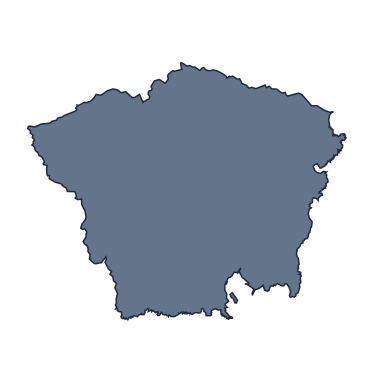 outline of Nossa Senhora Da Graca, Praia, Cabo Verde, rotated 355°
{"feature_id": "66160863B19025383966327", "entity_name": "Nossa Senhora Da Graca", "entity_type": "district", "adm_level": 2, "iso_a3": "CPV", "parent_name": "Cabo Verde", "parent_adm1": "Praia", "projection": "robinson", "projection_center": [-23.509, 14.948], "detail": "fine", "context": "isolated", "style": "filled", "palette": "slate", "viewbox_px": 384, "rotation_deg": 355, "n_neighbors": 0, "source": "geoboundaries", "source_scale": "gbopen_adm2", "svg_char_len": 5996}
<svg xmlns="http://www.w3.org/2000/svg" viewBox="0 0 384 384"><g transform="rotate(355 192 192)"><path d="M236.9,81.8L236.2,79.7L232.8,76.8L227.9,73.7L224.0,72.3L219.7,72.7L216.7,71.8L214.5,69.0L212.6,69.5L210.3,71.6L205.6,67.7L203.8,67.7L200.6,65.8L198.1,66.1L192.5,62.1L191.8,63.0L192.4,69.0L185.0,70.2L183.4,69.5L178.9,72.5L177.8,74.2L178.3,77.5L174.9,81.3L169.3,77.1L164.2,78.0L160.4,83.3L161.2,86.0L160.2,87.3L158.3,87.5L157.1,88.7L156.9,90.8L158.2,93.3L157.4,95.5L154.6,96.4L154.1,97.2L151.7,97.5L150.9,98.5L148.2,90.2L143.4,92.8L140.8,92.8L134.7,86.3L130.2,87.0L126.7,83.8L122.3,82.4L116.6,83.8L109.7,87.7L105.0,86.4L102.6,89.7L98.7,92.8L94.1,93.8L92.9,93.3L86.3,95.9L85.0,95.4L84.9,96.9L83.4,98.4L84.4,99.4L84.2,100.2L82.6,101.4L70.8,104.8L69.3,106.2L65.2,106.3L63.0,108.7L58.8,109.3L56.5,111.0L47.7,111.2L41.0,113.6L36.2,112.1L34.7,112.5L33.8,114.5L36.4,116.8L36.0,119.3L38.7,121.6L37.6,123.6L39.4,125.9L39.5,126.8L38.2,128.1L38.2,130.0L36.6,131.2L39.2,133.5L39.5,136.9L42.0,139.6L42.8,142.4L44.9,143.4L46.1,145.0L47.6,149.0L46.3,150.4L46.4,151.6L49.9,152.9L49.1,156.4L49.1,161.9L49.6,163.3L51.5,163.1L50.9,166.2L56.5,170.3L62.3,172.4L64.2,175.1L67.2,177.2L67.9,180.6L75.3,181.5L76.4,184.7L76.4,186.3L75.1,187.8L75.6,188.4L77.9,189.7L81.3,189.3L81.0,194.7L83.8,201.8L84.3,207.4L83.7,209.7L79.6,214.4L78.0,218.3L79.8,219.7L81.3,219.3L82.5,220.1L83.7,222.8L82.7,224.8L82.7,227.2L79.2,232.0L80.5,234.4L82.8,236.3L83.5,239.2L83.2,242.2L85.1,245.7L84.0,250.1L88.2,254.6L90.0,255.1L95.5,254.4L100.6,249.2L100.7,251.9L99.2,254.3L102.0,261.3L104.9,264.3L103.0,266.9L105.7,269.3L106.1,273.6L108.8,276.6L106.8,280.6L109.0,286.7L107.2,291.8L106.9,296.5L105.9,297.8L106.9,300.4L105.8,301.8L107.3,301.7L107.5,303.7L108.8,304.9L111.0,305.1L111.4,308.3L110.3,309.9L110.8,311.3L112.2,312.1L112.9,311.1L114.3,312.9L115.1,311.8L116.9,313.6L118.3,311.6L120.0,312.2L119.9,311.2L121.4,311.4L121.0,310.9L124.1,310.3L126.7,311.5L128.1,310.0L130.8,309.4L131.0,308.2L131.6,309.9L132.4,309.4L133.3,310.0L134.6,308.3L134.8,305.9L136.0,305.9L137.6,304.2L138.7,305.1L138.0,307.2L140.4,306.3L141.1,306.9L141.4,306.1L142.3,306.5L141.9,307.4L142.9,306.7L144.5,308.5L145.4,308.2L145.6,309.1L147.7,308.2L147.8,309.7L146.6,311.0L147.2,312.1L148.8,312.1L151.0,309.1L152.3,311.4L154.0,312.0L154.7,311.5L156.2,313.1L157.5,313.1L157.7,313.9L158.7,312.6L160.3,314.3L163.7,314.6L167.7,312.8L168.4,311.4L169.0,312.0L171.0,310.6L171.8,312.4L172.9,310.9L173.7,312.5L174.8,312.6L174.2,311.5L175.4,311.1L176.7,312.2L176.6,312.9L179.5,312.3L179.5,313.1L179.8,312.7L181.5,314.0L184.4,312.4L189.5,313.2L190.7,312.0L191.4,309.0L192.5,309.0L193.5,309.9L193.1,311.5L195.1,313.4L195.3,316.4L199.9,316.8L200.8,316.1L200.3,314.5L201.1,313.6L200.5,313.3L201.0,311.8L205.1,310.2L207.3,311.8L210.4,311.9L210.3,315.1L211.3,316.1L210.5,316.1L210.4,316.5L211.3,316.3L211.4,317.0L210.7,316.9L211.5,317.3L212.0,316.8L211.6,317.7L212.3,317.4L212.6,318.3L213.5,318.1L213.9,319.4L215.2,319.1L215.6,320.9L216.1,320.6L217.2,321.9L218.0,321.5L217.3,321.5L217.8,320.4L218.3,321.2L219.7,320.4L219.9,321.2L221.2,321.3L221.4,320.3L218.7,319.2L214.5,313.4L215.4,312.6L214.5,310.5L217.1,310.0L215.2,307.7L215.6,306.3L218.9,304.2L218.4,302.5L216.9,301.1L217.8,297.0L216.2,292.7L216.4,288.2L217.5,286.2L218.9,287.0L217.6,285.7L218.4,284.4L218.9,285.2L219.3,284.5L218.5,284.2L220.7,280.5L222.0,280.6L224.3,279.3L227.0,275.6L230.1,276.3L234.1,271.9L231.3,276.3L232.3,275.9L234.5,281.4L240.8,287.7L239.9,289.1L238.3,287.9L236.6,288.2L238.2,288.4L245.2,294.0L242.9,298.6L243.4,299.0L243.0,300.2L246.1,295.0L250.4,293.9L254.9,291.2L255.7,296.1L258.6,297.4L260.2,296.7L261.1,294.0L262.7,292.3L264.6,292.9L265.3,291.7L266.7,292.4L268.9,290.6L273.8,293.5L275.4,293.3L276.4,291.7L278.5,292.0L280.3,295.2L281.6,299.8L280.0,303.8L280.8,305.5L282.8,304.8L285.0,305.6L286.5,304.3L286.7,302.6L289.0,301.4L291.1,296.3L291.0,293.0L292.4,291.8L292.5,286.4L293.4,285.2L293.0,283.6L291.6,283.3L293.3,282.3L293.3,281.5L290.6,280.4L290.7,278.0L291.7,277.1L291.1,274.8L292.4,273.5L292.2,267.9L290.7,263.8L291.1,260.5L291.8,259.9L291.5,258.5L294.7,255.6L295.9,253.0L298.1,252.3L298.2,250.4L299.4,250.1L300.2,248.8L302.6,248.4L303.9,246.7L304.5,243.9L306.0,242.3L306.9,238.4L308.0,237.2L309.1,232.1L306.5,228.1L305.9,223.5L307.5,219.2L309.4,218.2L308.0,217.2L307.8,216.0L308.6,215.0L308.1,214.5L311.0,212.9L311.5,209.2L312.4,208.4L315.6,209.4L316.9,211.3L317.1,209.6L318.3,208.2L319.8,206.9L321.5,206.7L321.1,204.4L318.7,204.3L318.8,202.9L321.6,202.0L321.9,200.6L323.0,200.6L323.4,199.7L325.3,199.7L325.0,198.7L326.3,197.6L326.0,195.4L328.4,193.8L328.2,190.8L327.2,189.0L327.7,186.6L326.5,185.2L327.7,183.9L326.3,184.2L326.3,183.4L324.7,182.9L321.4,184.7L318.1,183.5L316.3,181.4L314.9,177.3L316.6,175.4L319.2,174.8L321.6,179.2L322.7,179.4L326.9,177.4L327.5,176.1L328.4,176.3L330.2,173.0L332.5,174.4L332.4,172.1L333.8,172.5L333.9,171.3L334.6,171.4L334.3,170.9L335.8,169.9L336.1,170.5L336.8,169.5L336.5,167.8L337.6,168.5L338.2,167.5L340.0,167.9L341.0,164.7L341.8,165.2L341.2,163.7L342.3,164.0L341.3,162.5L344.2,163.6L344.5,161.4L345.6,161.1L346.2,158.4L344.6,156.2L345.1,155.5L344.2,155.0L344.7,154.1L346.1,153.8L346.0,153.2L348.2,153.7L350.2,151.6L349.2,150.9L349.6,149.9L348.7,149.0L349.0,148.3L348.3,148.3L348.3,147.6L349.1,147.8L348.7,147.3L344.9,147.4L344.8,148.3L342.6,149.6L341.5,147.9L340.1,148.4L339.4,147.3L337.9,148.4L337.3,147.7L338.1,146.3L337.4,144.8L337.9,142.7L337.1,141.4L336.3,141.6L335.8,139.6L335.1,140.0L334.3,139.1L334.9,137.9L334.4,132.3L335.6,127.8L336.9,125.9L339.9,124.2L336.2,124.6L330.8,122.0L324.0,117.0L318.6,116.4L309.8,104.4L307.0,102.8L295.7,104.7L294.2,103.4L293.6,100.9L290.2,101.3L285.3,96.9L280.4,96.2L278.1,93.4L275.3,94.7L274.2,91.8L264.7,94.6L260.4,92.9L258.0,93.6L255.3,90.2L251.3,88.4L249.4,83.5L246.9,83.5L242.5,80.1L240.4,80.7L239.2,79.9L236.9,81.8ZM223.3,295.8L221.0,297.4L221.5,299.4L222.3,299.2L221.6,299.6L222.1,300.8L223.5,301.1L225.1,306.1L226.4,306.5L227.9,303.9L223.3,295.8Z" fill="#64748b" stroke="#1e293b" stroke-width="1.5"/></g></svg>